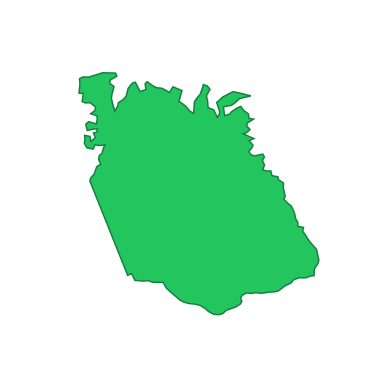 Santo Antônio do Sudoeste, Paraná, Brazil, rotated 288°
{"feature_id": "56859067B76158301560942", "entity_name": "Santo Antônio do Sudoeste", "entity_type": "district", "adm_level": 2, "iso_a3": "BRA", "parent_name": "Brazil", "parent_adm1": "Paraná", "projection": "equal_earth", "projection_center": [-53.606, -26.065], "detail": "fine", "context": "isolated", "style": "filled", "palette": "green", "viewbox_px": 384, "rotation_deg": 288, "n_neighbors": 0, "source": "geoboundaries", "source_scale": "gbopen_adm2", "svg_char_len": 2487}
<svg xmlns="http://www.w3.org/2000/svg" viewBox="0 0 384 384"><g transform="rotate(288 192 192)"><path d="M251.1,54.0L252.0,58.2L244.0,59.6L243.8,63.2L245.4,67.4L243.1,74.1L239.3,74.4L235.1,71.4L235.1,78.0L232.6,79.2L227.2,80.1L227.0,72.0L223.6,70.0L218.1,73.4L221.5,79.0L222.7,82.4L219.7,83.0L217.6,80.0L214.0,83.3L208.8,80.2L213.3,77.8L212.7,72.3L208.8,74.0L205.1,74.6L201.5,78.4L202.3,84.8L207.0,85.2L207.4,89.0L209.8,94.6L206.1,94.2L200.9,94.4L198.0,92.5L194.0,93.2L190.2,96.6L186.7,93.6L178.7,93.4L174.4,91.4L171.0,91.4L138.4,118.6L92.9,156.5L95.6,160.0L90.3,165.0L91.4,169.6L92.3,173.4L94.2,178.0L94.0,182.6L95.3,186.6L97.1,192.6L92.7,197.2L90.5,202.0L87.9,208.2L85.4,214.0L84.7,218.8L85.0,223.6L86.2,229.2L86.7,234.6L85.4,240.2L83.4,244.8L82.4,250.4L83.7,255.6L86.0,258.9L90.1,261.2L93.0,265.0L96.1,269.0L100.1,272.4L103.4,273.2L106.0,271.0L109.3,271.6L112.9,275.2L113.9,280.0L116.0,283.6L116.9,288.6L118.5,292.2L120.5,295.9L121.9,299.8L124.0,304.0L126.4,306.0L130.4,308.6L133.6,311.6L136.0,314.2L140.2,316.0L143.8,320.8L144.7,324.2L146.0,327.6L148.2,329.8L150.2,334.0L154.1,332.8L157.1,332.2L162.6,333.8L166.1,333.8L171.3,330.8L175.8,328.3L181.0,319.5L183.4,316.4L186.0,313.4L188.9,309.4L192.7,309.0L192.1,303.3L195.9,302.0L198.8,298.7L203.7,296.0L209.2,291.0L210.8,286.8L213.6,281.4L216.7,282.0L224.5,277.4L228.9,276.2L230.3,270.6L233.0,269.0L232.3,263.0L236.4,260.4L235.1,256.8L234.8,252.4L240.1,252.6L243.9,249.2L247.6,250.1L249.9,247.6L245.7,240.4L245.7,236.4L248.2,233.5L252.1,235.2L255.4,235.6L258.4,230.4L262.0,234.4L262.4,229.2L263.3,222.6L265.5,225.8L269.3,227.8L271.6,223.8L274.6,223.2L280.3,228.0L279.6,223.6L283.8,221.4L285.7,215.4L288.5,212.0L285.7,208.8L280.3,204.6L277.5,203.5L274.7,199.4L282.7,195.6L286.7,202.8L289.5,205.0L295.6,208.4L301.6,218.3L300.9,207.8L300.1,200.0L292.0,192.0L284.8,187.8L277.4,193.2L274.7,194.0L270.8,193.0L276.9,187.2L277.2,181.2L283.2,178.8L287.9,176.0L292.4,176.8L295.2,177.4L297.6,173.8L297.7,169.6L294.4,169.8L287.4,169.6L283.2,167.8L278.8,166.4L267.4,169.2L268.1,165.4L271.9,159.0L274.3,151.6L285.3,151.2L286.2,141.4L279.8,139.9L281.4,131.4L280.2,126.0L280.9,122.0L283.0,115.2L280.4,114.0L275.2,116.5L271.5,111.6L278.9,104.2L277.1,101.6L270.8,99.2L262.6,99.8L258.4,97.8L254.2,94.4L250.8,94.8L245.0,93.6L251.4,89.3L255.9,86.5L259.1,85.8L268.2,85.2L270.0,80.0L273.4,79.8L278.9,84.7L281.5,82.6L277.8,70.2L273.4,64.0L269.6,58.6L267.5,52.4L265.0,50.0L260.1,52.0L251.1,54.0Z" fill="#22c55e" stroke="#15803d" stroke-width="1.5"/></g></svg>